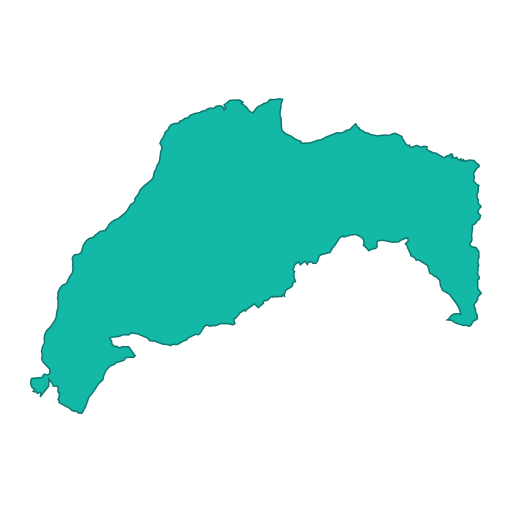 Paltin, Vrancea, Romania
{"feature_id": "2599482B62752740726315", "entity_name": "Paltin", "entity_type": "district", "adm_level": 2, "iso_a3": "ROU", "parent_name": "Romania", "parent_adm1": "Vrancea", "projection": "orthographic", "projection_center": [26.727, 45.767], "detail": "fine", "context": "isolated", "style": "filled", "palette": "teal", "viewbox_px": 512, "rotation_deg": 0, "n_neighbors": 0, "source": "geoboundaries", "source_scale": "gbopen_adm2", "svg_char_len": 6034}
<svg xmlns="http://www.w3.org/2000/svg" viewBox="0 0 512 512"><path d="M447.3,319.9L448.8,320.2L449.7,319.9L452.3,320.6L454.4,322.3L457.3,323.7L459.5,324.0L462.9,325.4L467.0,325.3L468.2,326.2L470.6,325.7L473.3,321.0L476.5,319.6L477.4,318.6L477.2,315.1L475.7,312.6L475.4,309.4L474.7,307.1L474.0,306.5L473.9,305.2L475.1,302.8L476.3,302.0L476.9,300.8L477.7,299.0L477.7,297.0L481.3,293.2L480.2,292.0L479.5,290.5L478.2,289.3L477.6,286.3L477.8,283.0L477.4,280.1L479.4,278.5L479.4,278.0L478.9,276.4L478.1,275.5L477.5,272.8L478.0,270.2L478.0,267.0L478.4,266.7L478.6,265.5L478.5,264.3L477.8,262.5L478.0,259.7L479.0,257.4L478.7,251.3L475.8,247.4L472.1,246.9L470.6,245.9L469.5,243.6L471.5,241.7L472.0,238.6L471.5,235.7L472.6,227.6L472.2,225.3L475.2,223.8L477.3,220.7L479.6,218.9L480.6,215.5L477.8,212.4L478.8,209.1L481.0,206.8L480.2,205.3L478.4,203.8L478.0,202.1L478.4,199.7L477.5,198.4L477.1,196.8L477.0,194.1L478.1,192.0L478.3,186.9L478.9,185.5L476.6,184.3L474.0,181.7L473.6,180.7L474.3,177.4L473.5,173.3L476.8,168.3L479.0,166.7L479.2,165.5L478.4,164.5L476.0,162.9L474.1,160.5L469.7,160.1L466.7,160.6L465.0,161.5L463.2,159.5L462.3,160.9L461.8,161.0L461.3,160.4L461.1,158.9L460.6,158.9L460.1,159.9L457.8,159.4L457.0,157.6L456.3,157.3L455.2,158.1L453.4,157.3L452.3,157.9L451.7,156.2L452.6,155.7L452.6,155.2L452.0,154.0L450.6,154.1L448.2,156.2L446.9,155.7L444.7,157.7L443.4,157.5L436.0,153.1L433.6,153.0L426.6,149.6L427.1,146.7L424.3,146.3L420.3,147.1L417.6,145.6L416.3,145.5L410.8,147.7L409.2,145.1L408.5,145.7L407.0,145.2L405.7,143.8L402.0,137.9L402.0,136.6L395.8,133.5L393.5,133.5L388.5,135.7L386.7,135.1L383.8,135.1L376.7,136.0L374.1,135.1L371.0,134.7L367.9,133.0L365.1,132.8L363.7,131.4L359.8,129.5L359.3,128.1L357.3,127.1L356.2,124.3L355.7,123.8L349.6,129.6L346.8,130.2L341.9,133.0L336.8,132.8L325.6,137.3L321.4,139.7L318.3,140.1L310.3,142.9L301.4,143.3L300.8,141.3L295.8,139.5L291.1,136.2L285.3,133.6L282.0,130.4L281.6,129.2L281.0,118.4L280.0,115.4L280.2,110.3L280.9,108.5L280.9,104.2L282.6,99.4L280.0,98.7L274.1,99.7L269.9,99.5L267.0,102.8L263.7,103.4L262.5,104.5L259.0,106.1L256.9,107.6L253.6,111.7L253.2,112.9L251.5,112.4L248.8,110.6L246.8,107.5L241.4,103.3L243.0,102.4L241.6,101.1L239.5,100.1L237.4,100.0L230.4,100.3L229.5,100.6L225.7,103.9L224.2,104.6L224.4,106.0L226.1,107.9L226.0,108.3L224.7,108.4L224.6,109.8L224.0,109.8L222.9,107.3L221.0,105.8L216.3,106.2L213.8,108.4L210.1,108.1L207.2,109.1L205.9,110.3L201.4,111.4L200.1,112.5L194.8,113.5L189.8,115.6L188.7,117.1L187.5,117.9L184.9,118.4L181.8,120.6L179.6,121.3L179.3,122.8L176.6,123.5L175.0,123.4L171.1,124.8L169.0,127.3L168.0,129.7L165.1,132.3L164.5,134.9L163.6,136.1L163.1,137.8L161.6,139.5L160.0,143.1L160.0,143.6L161.9,146.5L161.9,147.6L161.6,149.8L160.7,151.9L159.7,160.1L158.9,162.5L157.4,164.9L156.1,168.8L154.2,172.3L153.1,178.0L150.2,181.0L143.8,186.1L140.3,189.8L138.5,193.9L134.8,198.8L134.8,200.9L134.1,202.4L130.8,204.4L126.8,211.2L124.2,213.7L118.0,218.7L113.7,220.6L110.9,222.6L108.8,224.8L108.0,226.6L105.0,230.5L100.0,231.5L94.5,235.8L93.7,237.2L89.1,238.5L87.1,240.1L85.4,242.0L83.3,245.5L81.2,252.4L78.7,254.3L75.1,254.6L73.7,255.5L72.6,257.2L72.4,258.2L72.4,259.8L73.0,262.1L72.6,266.5L73.1,268.4L72.4,272.9L69.9,276.2L66.7,282.9L65.9,283.8L62.5,285.2L60.1,287.9L58.1,292.1L57.8,293.3L58.1,295.6L57.5,298.1L58.1,300.6L58.1,307.4L56.8,312.1L56.1,317.7L54.2,321.5L50.9,326.4L46.6,330.7L44.8,334.6L44.2,338.3L44.5,343.1L42.7,346.3L41.5,351.1L42.4,355.0L41.7,358.4L41.9,359.6L43.3,362.3L49.9,369.2L49.6,373.3L49.1,374.3L47.5,375.0L44.3,374.1L42.8,375.9L42.8,376.9L42.0,377.8L40.9,377.5L32.1,378.4L31.3,379.0L31.0,379.8L30.7,383.8L32.0,387.4L33.6,388.7L34.9,389.1L33.1,391.2L34.4,391.8L36.1,391.7L37.1,393.1L38.0,393.4L39.3,392.2L40.0,392.3L40.7,393.3L40.9,395.0L40.1,397.0L48.7,386.0L48.8,379.2L52.6,383.9L53.2,386.1L57.0,386.2L58.2,387.2L57.9,391.6L58.7,392.9L59.4,392.8L59.6,393.8L58.7,398.1L58.0,399.5L59.4,401.4L59.0,402.6L70.0,408.5L71.9,410.5L74.6,411.3L76.4,410.8L77.6,412.6L80.0,413.3L81.0,412.8L81.8,413.3L85.3,407.2L88.8,397.4L93.6,391.3L98.7,383.5L102.8,379.9L103.9,375.1L105.9,370.6L108.6,367.5L110.7,365.6L114.2,364.5L116.5,362.3L118.7,362.0L124.1,360.1L125.6,357.7L128.2,357.2L133.5,357.3L135.2,355.8L128.7,346.8L122.7,346.7L120.0,347.6L118.2,347.5L117.1,346.3L114.4,346.5L113.8,345.5L112.0,344.4L111.5,340.7L109.4,338.3L111.9,337.2L119.0,336.4L123.4,334.7L128.8,334.9L131.9,332.6L133.1,333.3L137.5,333.8L146.8,337.7L147.7,338.2L149.7,340.7L154.9,341.2L162.6,344.1L168.4,344.7L170.5,345.6L172.4,344.5L177.7,344.4L183.7,340.8L186.8,339.9L187.3,338.5L191.5,336.2L195.8,334.3L198.5,334.7L200.3,332.9L204.2,326.7L206.0,325.3L207.7,325.1L209.4,326.2L213.2,325.5L215.0,325.8L220.8,323.6L228.7,323.7L232.7,324.8L234.9,323.8L233.7,319.2L235.9,318.0L240.1,312.7L243.0,311.0L244.0,309.6L245.4,311.1L247.0,309.3L254.5,303.9L258.3,307.6L263.4,303.2L262.9,302.2L264.7,300.6L267.2,300.4L271.4,296.6L272.3,296.3L273.0,297.2L275.0,296.4L275.7,296.9L280.8,296.3L281.7,296.7L282.5,294.8L283.7,295.0L284.1,296.4L284.5,296.4L284.3,294.8L285.7,290.3L291.8,286.6L292.7,284.9L292.5,283.4L294.0,282.1L295.5,281.6L294.2,277.7L293.7,274.4L293.9,272.9L294.7,271.7L293.0,270.3L294.2,266.0L295.4,264.1L298.8,262.0L300.3,264.8L304.9,261.2L307.4,264.5L308.5,262.4L310.3,261.7L311.9,262.1L312.8,263.3L315.8,263.3L317.6,261.1L319.1,256.3L320.9,254.8L330.0,252.4L332.4,248.2L334.5,245.8L339.7,237.7L343.2,236.0L344.0,237.0L351.0,234.9L356.2,234.5L360.3,236.7L362.4,238.0L363.7,240.4L364.1,243.2L363.3,245.1L367.5,249.0L368.6,250.7L373.8,248.5L375.4,248.6L377.1,246.9L376.8,242.5L377.6,241.1L380.0,240.4L383.9,240.4L392.0,242.2L398.5,241.9L400.2,240.6L403.9,238.9L407.7,237.8L407.8,238.9L408.4,240.4L407.4,242.0L405.4,243.6L407.5,246.2L407.5,247.6L410.7,254.1L410.7,255.7L414.9,257.7L416.2,260.2L418.3,259.7L427.4,265.4L427.9,266.2L429.8,273.2L432.7,274.5L434.4,276.4L435.6,276.4L439.8,280.2L440.4,285.3L442.4,290.1L449.4,294.3L456.4,303.5L459.1,308.2L460.8,314.3L457.9,313.7L454.1,313.9L451.1,315.8L448.5,319.2L447.3,319.9Z" fill="#14b8a6" stroke="#0f766e" stroke-width="1.5"/></svg>